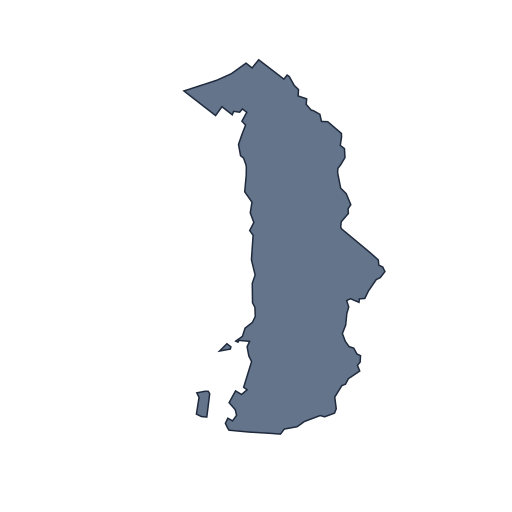 Lafourche, Louisiana, United States of America (Robinson projection), rotated 39°
{"feature_id": "52423323B36093874947415", "entity_name": "Lafourche", "entity_type": "district", "adm_level": 2, "iso_a3": "USA", "parent_name": "United States of America", "parent_adm1": "Louisiana", "projection": "robinson", "projection_center": [-90.415, 29.493], "detail": "fine", "context": "isolated", "style": "filled", "palette": "slate", "viewbox_px": 512, "rotation_deg": 39, "n_neighbors": 0, "source": "geoboundaries", "source_scale": "gbopen_adm2", "svg_char_len": 1847}
<svg xmlns="http://www.w3.org/2000/svg" viewBox="0 0 512 512"><g transform="rotate(39 256 256)"><path d="M134.6,101.8L134.6,112.3L126.9,112.4L122.1,129.9L114.9,144.1L96.1,173.1L136.2,172.3L135.6,161.4L148.7,161.2L147.6,157.7L152.8,154.5L152.9,150.3L158.4,150.1L160.2,160.1L165.5,160.8L168.8,171.0L172.2,180.3L180.9,187.8L184.7,187.7L190.9,191.5L192.7,193.2L197.3,199.0L206.8,213.2L219.0,216.7L224.4,226.1L233.2,231.3L235.1,240.2L240.7,241.7L254.8,261.8L267.3,271.3L270.3,279.6L282.7,294.5L287.5,296.6L293.5,303.5L295.0,309.8L292.9,318.9L296.0,327.0L293.8,334.9L296.2,334.3L295.9,332.3L302.3,328.0L304.7,326.4L306.2,332.1L313.3,338.2L319.0,340.8L329.0,365.8L333.3,365.6L331.9,372.7L325.0,373.7L327.4,386.9L336.6,388.5L341.2,392.1L341.5,398.9L336.2,399.8L337.5,405.3L341.9,407.4L344.6,408.4L361.4,397.2L376.6,386.3L387.1,379.0L386.9,372.7L395.4,362.8L397.8,354.1L406.3,339.6L410.5,337.8L415.9,328.7L414.5,324.2L406.0,316.1L404.3,302.6L406.2,299.3L405.0,293.2L409.0,280.1L403.6,277.1L403.7,272.9L400.0,267.7L396.0,268.6L390.0,266.1L385.3,267.8L379.3,266.2L371.9,261.9L369.2,253.3L362.7,243.4L360.2,237.3L354.5,233.6L356.4,229.7L365.2,227.2L363.3,224.3L367.3,220.5L365.4,212.5L364.3,198.7L366.2,194.5L366.0,187.0L361.4,184.8L357.2,185.8L353.5,182.1L343.1,181.6L305.6,181.1L303.7,180.3L300.7,175.8L301.0,164.8L297.8,161.3L297.4,156.5L286.9,150.8L279.1,150.0L267.0,139.9L264.5,136.4L264.4,131.9L263.2,123.5L257.2,116.9L251.9,117.0L247.5,109.5L245.2,107.0L227.2,106.5L222.2,110.2L216.5,105.7L208.8,107.0L207.3,107.9L199.6,106.6L196.5,102.0L188.0,105.1L184.3,99.9L178.4,99.4L168.9,95.6L166.3,95.8L166.4,101.0L134.6,101.8ZM296.1,399.6L300.7,401.7L309.2,416.4L314.7,415.1L319.1,412.1L306.7,392.2L304.0,391.2L301.3,393.4L296.1,399.6ZM288.6,342.5L287.5,352.8L294.6,344.5L293.7,342.4L288.6,342.5Z" fill="#64748b" stroke="#1e293b" stroke-width="1.5"/></g></svg>